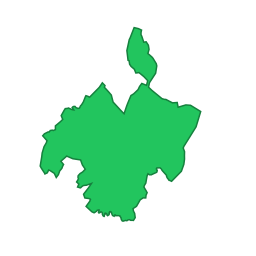 Gaya, Kano, Nigeria, rotated 302°
{"feature_id": "59680162B19536521240899", "entity_name": "Gaya", "entity_type": "district", "adm_level": 2, "iso_a3": "NGA", "parent_name": "Nigeria", "parent_adm1": "Kano", "projection": "albers", "projection_center": [8.975, 11.819], "detail": "fine", "context": "isolated", "style": "filled", "palette": "green", "viewbox_px": 256, "rotation_deg": 302, "n_neighbors": 0, "source": "geoboundaries", "source_scale": "gbopen_adm2", "svg_char_len": 4214}
<svg xmlns="http://www.w3.org/2000/svg" viewBox="0 0 256 256"><g transform="rotate(302 128 128)"><path d="M49.2,73.7L48.0,75.8L45.5,81.2L45.0,81.9L47.2,83.3L50.3,83.0L50.6,84.6L50.5,89.5L48.0,93.4L51.5,93.7L55.6,92.8L57.1,93.1L58.8,93.3L60.6,92.9L62.2,92.7L62.9,92.7L64.2,88.7L70.6,90.6L71.7,90.9L72.7,97.5L75.8,104.7L72.5,108.9L70.4,113.6L66.6,112.8L64.0,111.5L61.2,111.0L59.8,111.6L58.7,112.8L57.4,113.0L55.0,113.0L54.4,116.0L51.2,116.5L51.9,119.2L52.2,119.5L53.8,119.9L54.9,120.3L55.8,120.9L57.4,123.0L61.6,126.4L56.2,126.2L48.3,125.4L47.6,126.2L47.2,126.8L46.5,127.6L45.8,128.5L47.5,132.3L47.7,133.7L47.6,134.0L46.4,134.2L45.8,134.4L39.3,134.0L37.8,141.8L38.1,144.1L38.4,144.4L38.9,144.6L39.3,144.8L39.6,144.9L39.9,145.0L40.2,145.1L40.5,145.3L40.8,145.5L41.2,145.5L41.7,145.4L42.1,145.7L42.7,146.3L42.8,146.5L43.0,146.6L43.2,146.8L43.2,147.0L42.8,147.2L42.5,147.2L42.2,147.3L41.9,147.4L41.7,147.5L41.4,147.5L41.1,147.6L40.9,147.6L40.7,147.7L40.6,147.9L40.5,148.2L40.6,148.5L40.9,148.6L41.0,148.7L41.3,149.0L41.5,149.1L42.0,149.2L42.2,149.3L42.4,149.3L42.6,149.5L42.7,149.9L42.7,150.3L42.6,150.9L42.3,151.2L41.9,151.6L41.4,151.8L41.2,152.1L41.0,152.4L40.5,153.1L40.3,153.5L40.3,153.9L40.4,154.2L40.3,154.4L40.3,154.6L40.6,154.7L41.1,154.4L41.5,154.2L41.9,154.2L42.5,154.3L42.8,154.3L42.9,154.1L43.0,153.8L43.2,153.6L43.4,153.6L43.6,153.7L43.8,153.9L43.9,154.2L44.0,154.5L44.0,154.9L44.0,155.3L43.7,155.7L43.4,156.0L43.1,156.2L43.1,156.5L42.9,156.7L42.9,156.9L42.9,157.2L43.2,157.2L43.4,157.3L43.8,157.6L44.1,157.8L44.5,157.8L45.0,157.7L45.3,157.6L45.6,157.5L45.7,157.4L45.7,157.1L45.9,157.0L46.0,157.1L46.1,157.3L46.4,157.3L46.6,157.3L46.8,157.1L47.0,156.8L47.3,156.8L47.6,157.0L47.8,157.4L47.8,158.4L47.6,158.8L47.1,159.3L46.5,159.9L46.1,160.6L45.7,161.1L45.6,161.4L45.7,161.9L45.8,162.4L45.8,163.0L46.0,163.0L46.3,162.9L46.8,162.9L47.3,162.9L47.5,163.2L47.4,163.7L47.1,163.9L49.0,167.0L48.9,167.5L49.1,167.9L48.8,168.2L48.5,168.8L48.3,169.3L48.1,169.8L47.5,170.1L47.2,170.5L46.7,171.0L46.5,171.8L46.2,172.1L46.2,172.6L46.4,173.1L46.8,173.6L47.3,174.0L47.8,174.4L48.3,174.9L48.4,175.2L48.7,176.0L48.9,176.3L49.4,176.4L50.1,176.8L50.8,177.5L51.1,178.0L51.1,178.7L51.1,179.1L51.5,179.8L52.2,180.9L52.5,181.6L55.8,181.6L59.1,178.9L60.4,176.7L62.3,175.0L66.1,176.7L73.6,176.4L76.8,177.9L78.1,180.1L80.6,178.9L83.3,178.5L84.7,176.0L86.4,172.7L88.5,172.3L90.7,172.3L96.1,170.1L97.7,169.5L99.8,169.2L99.7,171.0L100.6,172.5L103.4,174.3L104.7,175.2L105.7,175.8L106.3,175.7L107.4,175.3L107.4,174.8L107.8,174.7L108.1,174.4L108.2,174.0L108.3,173.7L109.4,173.6L110.9,175.8L111.2,176.2L111.1,176.9L110.9,178.0L110.1,179.4L108.3,185.6L108.0,185.9L107.6,186.2L107.6,186.3L107.3,186.6L106.8,187.2L106.6,187.6L106.3,188.2L106.0,189.2L105.7,189.8L105.4,190.5L105.6,190.8L105.6,191.0L105.9,193.2L119.6,196.2L126.8,194.6L131.6,192.4L134.5,190.5L137.9,188.5L140.3,185.4L142.2,185.1L165.0,185.1L180.5,180.9L180.4,169.0L178.2,164.8L172.2,159.5L175.7,156.2L172.9,152.4L172.3,145.0L171.6,143.8L170.9,141.3L172.6,128.1L173.5,123.8L177.8,122.2L189.1,122.4L195.9,119.5L197.5,117.9L200.4,112.2L200.9,110.6L201.7,105.4L205.8,104.2L209.0,101.4L210.7,97.7L209.1,95.9L213.1,91.1L214.1,89.5L216.2,88.3L218.2,87.6L217.8,84.2L216.4,80.0L205.8,82.0L205.1,82.1L203.7,82.2L193.1,86.0L185.4,92.2L185.6,93.3L182.9,95.6L181.8,98.1L181.2,102.2L181.0,102.5L178.8,105.5L180.8,108.0L180.0,114.2L178.6,119.6L174.0,121.1L173.1,116.1L169.4,115.8L165.9,116.2L163.8,115.7L162.2,115.3L159.9,114.7L157.1,113.3L148.6,114.7L145.6,115.3L138.0,117.1L138.3,115.7L139.2,112.1L142.1,101.6L147.1,96.4L148.3,92.6L149.1,89.8L150.0,86.4L151.8,86.0L152.7,82.3L147.2,82.1L133.8,79.1L133.8,78.6L133.6,78.2L133.7,77.5L133.1,75.2L131.8,75.3L126.5,76.3L125.0,76.3L122.9,76.3L122.2,76.1L121.3,76.0L119.4,76.3L119.0,76.2L118.6,75.7L118.1,75.2L118.0,74.5L117.7,73.2L118.2,71.6L117.6,70.6L116.7,70.0L115.8,69.8L114.9,71.7L114.6,72.4L114.3,71.8L113.9,70.6L113.4,66.9L112.6,66.3L111.2,64.5L108.8,64.5L103.1,64.8L100.7,68.1L97.8,67.4L91.3,65.3L88.2,67.3L88.0,67.2L86.2,65.9L86.1,65.0L84.7,63.4L82.9,63.3L82.3,62.3L78.8,60.2L76.2,59.8L74.7,64.7L74.4,66.0L73.1,66.3L72.5,66.5L71.7,66.6L67.7,66.7L61.2,68.5L57.9,70.1L49.2,73.7Z" fill="#22c55e" stroke="#15803d" stroke-width="1.5"/></g></svg>